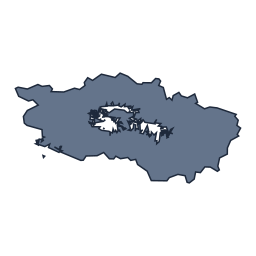 the district of Chepo, Panama
{"feature_id": "35544464B69999703107277", "entity_name": "Chepo", "entity_type": "district", "adm_level": 2, "iso_a3": "PAN", "parent_name": "Panama", "parent_adm1": "", "projection": "orthographic", "projection_center": [-78.725, 9.102], "detail": "fine", "context": "isolated", "style": "filled", "palette": "slate", "viewbox_px": 256, "rotation_deg": 0, "n_neighbors": 0, "source": "geoboundaries", "source_scale": "gbopen_adm2", "svg_char_len": 5947}
<svg xmlns="http://www.w3.org/2000/svg" viewBox="0 0 256 256"><path d="M227.4,147.9L230.7,140.4L238.7,136.0L237.2,134.4L240.6,128.1L236.9,125.4L238.2,120.2L234.8,116.3L236.2,114.4L217.1,107.9L209.8,107.0L204.5,108.8L195.6,103.4L197.6,102.3L194.7,94.0L187.5,97.8L181.3,95.9L178.9,92.4L173.2,95.6L172.0,100.2L169.3,97.6L166.5,99.3L163.3,87.5L158.7,85.5L160.6,81.1L158.9,78.9L155.6,78.5L151.4,82.8L143.0,82.7L141.9,84.3L137.0,83.8L127.8,76.3L120.1,73.1L115.2,77.5L101.4,74.2L92.6,80.4L87.7,77.7L84.3,82.5L85.0,85.5L79.6,89.5L74.5,88.2L63.8,92.0L51.1,91.6L52.4,88.9L49.4,85.5L42.1,86.4L37.9,84.5L27.4,89.0L18.1,87.2L15.4,88.5L18.7,96.3L28.5,101.0L32.9,99.8L38.2,105.1L27.3,110.5L23.4,116.5L24.3,123.1L27.0,125.4L42.0,129.6L42.4,136.3L44.4,137.1L42.2,138.2L43.3,140.4L41.6,141.6L42.2,139.6L39.2,139.1L38.2,143.5L38.0,140.0L36.1,140.4L37.3,144.3L36.4,143.6L35.7,143.8L39.2,145.4L37.8,144.2L44.8,146.6L49.7,144.1L48.5,147.5L59.0,152.4L60.4,150.7L54.4,146.9L59.6,149.7L59.7,148.1L60.7,147.8L60.4,147.6L60.0,146.8L60.7,146.3L61.4,146.4L59.8,149.8L62.3,150.8L60.4,151.9L80.8,160.4L83.3,160.2L86.1,156.0L97.1,155.7L103.7,152.5L109.4,158.8L113.7,158.9L115.8,156.2L120.5,158.7L127.8,157.5L130.7,160.4L135.7,159.4L137.6,164.5L147.2,171.2L151.3,180.6L166.9,180.8L169.3,177.6L177.9,174.4L185.1,175.7L187.1,182.3L189.3,182.9L194.2,179.1L195.6,172.0L200.4,172.6L204.9,166.9L210.4,167.1L217.4,171.3L219.3,169.9L217.8,166.2L219.6,157.9L227.3,154.1L227.4,147.9ZM110.4,132.1L110.0,135.8L110.0,131.9L109.0,131.3L101.5,130.3L98.8,128.6L100.1,126.8L92.1,126.7L91.0,124.2L91.9,123.4L89.5,123.3L89.0,121.9L92.1,123.1L93.5,125.3L94.9,124.3L95.1,123.1L93.2,124.0L92.6,121.3L93.4,119.5L90.0,119.5L90.7,114.7L88.5,113.4L90.5,112.6L91.8,114.5L90.9,112.0L91.7,111.8L91.3,111.2L91.8,111.1L91.1,110.3L91.3,110.0L93.0,110.7L92.2,114.9L94.3,110.3L96.4,110.6L96.1,113.8L98.0,111.7L99.2,112.9L98.4,110.9L99.2,108.6L100.0,112.5L100.8,109.2L103.1,110.6L100.8,113.4L103.2,112.0L103.0,112.8L103.6,112.7L103.2,113.1L103.6,113.3L103.6,114.5L104.2,115.5L103.1,116.2L102.8,117.1L104.3,116.9L105.4,109.8L100.5,108.6L100.9,106.7L106.8,106.2L106.0,105.2L106.7,103.4L107.1,105.7L112.5,105.8L111.1,103.8L112.6,102.1L114.0,105.7L118.3,105.1L119.5,102.8L118.9,105.8L121.2,106.9L125.0,104.2L124.5,106.7L131.4,106.0L128.7,106.7L128.1,107.5L129.2,109.0L132.7,106.7L131.5,110.1L140.3,108.6L136.3,110.9L138.3,110.3L139.0,112.5L135.8,112.6L134.1,116.8L132.2,117.6L136.7,119.2L137.3,122.6L138.5,120.2L140.7,118.6L140.4,121.6L143.1,119.8L144.9,122.3L154.8,123.8L154.3,122.9L156.7,119.4L154.9,122.9L160.8,123.5L158.3,126.0L161.4,126.4L160.5,129.5L162.2,127.1L166.3,127.0L168.9,133.5L170.6,129.5L172.7,128.4L170.2,132.5L172.8,133.8L170.0,132.9L168.3,136.3L168.3,134.8L167.5,133.6L167.4,132.7L166.8,137.0L166.2,132.5L164.9,133.2L164.0,132.3L163.2,135.0L162.5,135.6L163.2,134.3L161.4,133.8L162.4,132.8L160.9,132.6L160.3,132.8L159.2,141.6L156.7,143.8L156.9,140.7L155.0,140.9L156.4,132.7L154.0,135.0L151.4,132.0L151.1,135.1L148.9,133.8L150.1,136.2L149.5,136.8L148.1,134.3L146.2,134.8L148.2,133.5L146.8,132.3L149.5,131.9L146.7,131.4L148.5,130.3L147.3,125.6L143.2,133.8L140.0,133.0L142.7,129.8L140.3,131.4L139.9,124.0L142.7,121.2L140.6,122.1L138.4,121.5L138.2,123.6L139.5,122.8L140.3,123.2L137.7,124.6L138.4,129.2L136.2,128.4L135.2,131.1L135.8,125.0L133.7,124.1L133.2,128.3L131.0,130.7L128.4,130.1L130.5,128.9L129.4,125.0L131.1,124.0L129.1,124.1L127.8,121.3L130.7,122.9L129.9,121.2L136.7,122.5L134.1,120.9L135.1,119.7L132.4,120.4L129.3,118.3L133.4,116.3L133.7,112.6L127.1,112.6L124.1,110.2L114.6,109.0L109.1,112.8L105.8,110.8L107.4,113.0L104.8,114.4L107.7,115.0L106.8,116.5L115.8,117.6L112.7,118.5L112.5,120.2L112.3,120.4L114.2,119.8L115.5,120.5L115.0,121.1L115.5,121.5L117.1,118.0L120.0,118.0L117.4,122.3L121.0,121.7L122.2,123.4L118.2,122.4L119.3,125.2L122.5,126.4L124.3,128.5L125.0,127.9L126.0,128.7L123.3,130.0L121.5,126.4L117.4,126.1L117.9,130.1L119.3,130.0L119.6,130.3L119.9,131.3L118.2,130.4L116.9,132.6L115.3,129.5L115.9,131.5L114.2,131.8L113.1,129.0L112.4,132.9L110.4,132.1ZM167.3,136.5L168.1,137.3L167.0,137.7L167.3,136.5ZM163.1,134.5L162.1,134.4L163.0,134.3L163.1,134.5ZM161.9,135.2L161.7,135.5L161.4,134.8L161.9,135.2ZM94.5,117.5L94.5,122.9L104.2,121.2L100.5,120.6L100.7,118.5L100.2,120.1L94.5,117.5ZM94.9,112.0L93.6,114.6L94.9,114.0L94.4,116.1L91.0,116.3L92.5,117.2L93.0,116.5L95.0,117.2L96.2,116.3L97.2,116.7L94.9,112.0ZM164.4,130.0L161.3,130.6L161.3,131.2L164.5,131.2L165.2,132.4L165.8,131.7L164.5,130.7L164.4,130.0ZM136.0,111.0L133.2,110.4L133.2,111.0L136.0,111.0ZM44.7,156.2L43.0,155.5L43.5,157.5L44.7,156.2ZM167.5,130.4L164.7,129.9L167.2,131.6L167.5,130.4ZM114.9,121.2L113.6,120.6L114.0,121.7L114.9,121.2ZM130.2,111.9L129.5,111.2L129.3,111.8L130.2,111.9ZM106.5,116.6L106.0,115.3L105.4,116.6L106.5,116.6ZM107.0,110.4L105.9,109.7L105.6,110.3L107.0,110.4ZM117.9,125.6L117.4,124.4L117.3,125.0L117.9,125.6ZM99.2,115.9L98.3,116.1L98.9,116.4L99.2,115.9ZM112.4,119.9L111.5,119.1L112.0,120.1L112.4,119.9ZM103.5,113.6L102.7,113.7L103.2,114.3L103.5,113.6ZM104.0,128.6L103.8,128.4L103.4,129.1L104.0,128.6ZM116.3,122.9L115.5,122.7L115.8,123.4L116.3,122.9ZM97.1,117.5L96.2,117.0L96.6,117.7L97.1,117.5ZM112.5,117.7L111.6,117.2L111.9,118.2L112.5,117.7ZM104.6,120.1L104.1,120.5L104.7,120.4L104.6,120.1ZM163.0,128.4L163.1,127.9L162.4,128.4L163.0,128.4ZM97.8,116.9L97.6,116.1L97.3,116.9L97.8,116.9ZM132.2,122.3L132.4,121.8L132.0,121.7L132.2,122.3ZM98.9,114.1L98.1,113.9L98.2,114.3L98.9,114.1ZM99.3,116.4L100.0,115.7L99.5,115.9L99.3,116.4ZM92.2,117.8L92.3,117.4L92.1,117.2L92.2,117.8ZM97.8,115.2L97.4,114.8L96.9,115.3L97.8,115.2ZM118.5,124.2L117.5,124.0L118.0,124.3L118.5,124.2ZM97.6,113.9L98.1,113.3L97.3,113.7L97.6,113.9ZM163.2,132.0L162.7,131.7L163.3,132.6L163.2,132.0ZM93.4,118.2L93.8,117.4L93.6,117.3L93.4,118.2ZM98.0,115.1L97.6,114.2L97.4,114.7L98.0,115.1ZM111.1,117.9L111.0,117.3L110.3,117.4L111.1,117.9ZM166.7,132.0L167.0,132.0L166.9,131.6L166.7,132.0Z" fill="#64748b" stroke="#1e293b" stroke-width="1.5"/></svg>